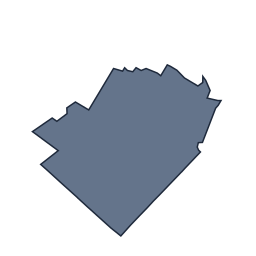 Litchfield, Connecticut, United States of America, rotated 220°
{"feature_id": "52423323B65115859299704", "entity_name": "Litchfield", "entity_type": "district", "adm_level": 2, "iso_a3": "USA", "parent_name": "United States of America", "parent_adm1": "Connecticut", "projection": "mercator", "projection_center": [-73.244, 41.76], "detail": "fine", "context": "isolated", "style": "filled", "palette": "slate", "viewbox_px": 256, "rotation_deg": 220, "n_neighbors": 0, "source": "geoboundaries", "source_scale": "gbopen_adm2", "svg_char_len": 891}
<svg xmlns="http://www.w3.org/2000/svg" viewBox="0 0 256 256"><g transform="rotate(220 128 128)"><path d="M64.1,40.7L63.6,55.7L62.8,68.2L62.0,79.2L61.6,88.2L60.8,98.4L60.1,108.7L60.1,108.9L58.8,128.5L58.7,128.8L58.5,133.8L57.5,149.9L57.1,156.2L59.7,156.4L62.7,157.9L64.7,162.0L61.7,164.8L73.6,199.5L73.5,203.4L74.4,208.8L76.8,206.8L86.6,201.8L89.2,209.5L99.0,214.4L103.8,215.6L100.0,210.9L101.5,205.1L116.9,202.6L127.7,203.7L135.2,202.5L138.5,201.6L136.5,189.1L140.9,188.9L152.4,185.2L154.9,180.5L159.1,179.7L160.6,179.4L160.5,174.2L162.2,173.3L165.4,171.7L169.3,172.0L168.7,168.1L177.3,164.3L173.8,142.4L173.7,141.8L169.7,116.6L185.0,114.1L187.8,104.1L183.9,99.8L186.8,87.4L192.5,86.9L194.6,79.4L198.9,63.8L166.9,65.8L171.5,44.0L161.5,43.7L144.9,43.0L121.9,42.2L121.6,42.1L121.2,42.1L107.7,41.5L107.4,41.5L76.3,40.4L64.1,40.7Z" fill="#64748b" stroke="#1e293b" stroke-width="1.5"/></g></svg>